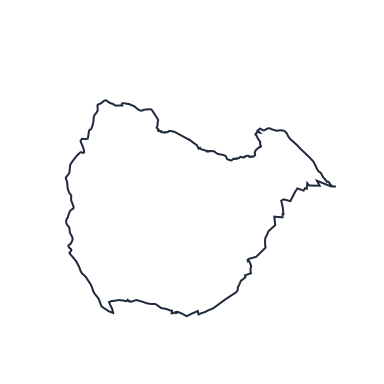 the district of Doclin, Caras-Severin, Romania, rotated 159°
{"feature_id": "2599482B42660116166173", "entity_name": "Doclin", "entity_type": "district", "adm_level": 2, "iso_a3": "ROU", "parent_name": "Romania", "parent_adm1": "Caras-Severin", "projection": "albers", "projection_center": [21.618, 45.308], "detail": "fine", "context": "isolated", "style": "outline", "palette": "slate", "viewbox_px": 384, "rotation_deg": 159, "n_neighbors": 0, "source": "geoboundaries", "source_scale": "gbopen_adm2", "svg_char_len": 5974}
<svg xmlns="http://www.w3.org/2000/svg" viewBox="0 0 384 384"><g transform="rotate(159 192 192)"><path d="M255.7,298.5L256.3,297.7L257.6,295.8L258.1,294.6L258.5,293.7L259.0,292.8L259.6,291.9L260.1,291.1L260.7,290.2L262.0,288.6L263.6,286.9L265.6,286.6L266.8,285.1L267.6,283.6L268.4,282.1L269.3,280.6L270.2,279.2L272.4,279.5L275.6,281.1L277.6,279.9L277.9,278.5L277.8,276.6L277.7,274.7L277.7,272.8L277.8,270.9L278.0,269.2L278.4,267.7L279.8,267.5L280.2,268.0L280.7,268.4L281.2,268.8L281.7,269.1L283.1,268.6L284.5,268.0L285.9,267.4L287.2,266.7L289.6,265.4L292.8,263.3L294.5,262.2L296.0,260.9L299.6,253.9L300.8,253.0L302.1,252.2L303.3,251.4L304.7,250.7L305.0,249.2L305.0,246.1L306.8,239.9L306.8,238.8L306.9,237.6L306.9,236.5L306.8,235.4L306.7,234.6L306.0,232.1L307.8,227.6L307.8,225.7L307.8,223.7L307.9,221.8L308.0,219.9L308.7,219.0L309.8,218.9L310.9,218.7L311.9,218.3L312.9,217.8L314.0,216.6L315.1,215.4L316.1,214.1L317.0,212.7L318.1,212.3L319.4,210.8L319.7,210.3L320.0,209.7L320.2,209.1L320.4,208.4L320.5,207.7L320.4,206.6L320.1,205.5L319.8,204.4L319.4,203.3L319.6,201.1L320.6,198.0L320.0,193.6L320.1,191.2L321.5,189.1L324.3,186.9L325.7,186.8L326.6,186.2L326.8,185.0L326.6,184.2L326.3,183.5L325.9,182.7L325.4,182.0L325.5,180.9L326.1,180.4L326.8,179.9L327.5,179.5L328.2,179.2L328.1,178.1L325.0,169.1L324.2,162.7L324.3,157.4L323.8,155.4L321.6,151.0L319.8,142.3L319.6,140.5L319.5,138.6L319.6,136.8L319.8,134.9L319.4,132.0L317.8,127.2L317.4,125.3L317.5,117.6L312.4,110.4L309.0,107.4L308.8,108.7L308.6,109.9L308.5,111.1L308.5,112.4L308.5,112.8L308.7,114.4L308.9,116.1L308.9,117.5L308.9,119.0L306.0,119.0L301.7,117.8L299.7,117.6L295.4,115.5L292.4,113.6L290.8,114.3L290.8,113.5L290.4,113.2L290.2,112.9L290.1,112.7L289.7,112.9L288.9,112.1L289.0,111.8L287.1,111.2L285.9,111.3L284.7,111.3L283.5,111.1L282.4,110.9L280.4,109.4L278.4,107.9L276.5,106.4L274.7,104.7L270.0,101.9L266.9,100.9L265.4,99.4L262.4,94.7L257.8,92.0L255.2,89.5L253.1,88.3L254.5,86.1L253.4,85.7L252.9,85.7L252.7,85.7L251.7,85.6L250.8,85.8L250.5,85.7L250.6,85.3L250.4,85.0L250.4,84.7L249.4,84.7L249.2,85.5L248.3,85.2L245.0,82.1L241.4,77.9L239.1,78.2L236.8,78.4L234.5,78.6L232.2,78.6L229.3,78.9L229.6,76.3L229.8,75.4L227.2,75.5L222.7,75.3L220.4,75.6L213.5,75.9L199.7,79.7L194.0,81.0L187.2,82.4L185.0,83.5L184.1,84.9L183.6,85.6L183.5,86.4L181.6,88.1L177.9,91.8L177.0,91.9L176.2,92.0L174.7,92.7L172.9,93.2L172.5,93.5L172.5,95.2L166.1,95.0L166.0,96.4L165.2,98.3L164.7,99.8L163.6,101.0L163.3,102.5L163.3,105.2L163.4,106.9L164.7,107.1L164.4,108.7L163.7,109.0L162.5,109.2L155.3,108.5L144.0,113.4L143.3,113.7L142.5,117.0L141.5,119.7L140.2,122.6L138.0,124.5L134.5,128.1L126.3,131.2L125.6,133.3L124.0,139.5L116.6,135.9L115.3,138.9L114.6,138.6L112.8,145.0L111.8,151.9L109.0,152.3L103.5,148.2L96.0,154.9L92.4,157.6L87.3,153.3L85.2,155.0L83.7,153.9L81.2,158.9L80.3,156.1L70.6,152.1L71.3,157.7L60.2,147.4L55.8,145.5L57.1,146.2L57.9,146.5L59.2,147.3L59.3,147.4L59.4,147.7L59.9,149.0L60.6,151.4L60.7,151.9L60.8,152.3L61.0,152.6L61.3,152.9L61.7,153.1L62.1,153.2L62.5,153.2L62.5,153.9L62.6,154.2L63.1,155.8L64.3,158.8L64.3,159.5L64.6,160.8L64.6,161.0L64.7,161.5L64.7,162.6L64.8,163.1L65.2,163.9L65.3,164.4L65.8,165.0L66.2,165.5L66.5,166.3L66.7,166.6L66.8,167.1L66.9,167.7L67.2,171.1L67.2,171.9L67.8,177.0L70.0,182.4L72.9,188.5L73.7,190.2L74.6,192.1L75.5,194.0L76.6,197.0L78.5,200.8L79.5,202.8L80.0,203.8L81.5,206.6L81.6,207.2L81.7,207.7L82.3,210.0L82.4,212.3L83.0,214.4L84.2,216.2L86.3,217.5L88.6,218.3L91.1,218.8L92.8,220.3L94.7,221.6L96.4,223.4L97.8,224.1L99.7,224.1L101.4,223.8L102.9,223.7L104.0,224.5L104.8,225.7L105.4,226.7L106.0,226.7L107.8,226.2L108.7,225.9L108.3,224.9L107.5,223.2L108.3,223.7L109.4,224.8L109.7,224.7L111.2,223.7L111.4,223.6L112.0,223.3L112.2,223.1L112.2,222.7L111.8,222.3L111.6,222.1L111.6,221.9L111.6,221.1L111.4,219.4L111.2,217.5L110.3,214.7L110.7,213.4L111.3,212.5L111.3,212.0L111.3,211.1L111.3,210.7L111.2,210.0L111.4,209.9L111.7,209.9L112.0,209.7L112.3,209.4L112.7,209.5L113.0,209.8L113.9,209.5L116.8,208.5L117.9,207.8L119.4,206.2L119.6,205.2L119.5,204.9L119.8,203.8L120.7,203.4L121.5,203.4L122.3,203.1L123.1,203.2L123.7,203.6L124.0,203.6L124.1,204.0L125.7,204.0L125.9,204.2L125.9,204.9L126.1,205.3L126.5,205.7L127.2,205.8L128.3,206.3L130.1,206.1L130.2,205.8L131.0,205.6L132.6,206.3L133.5,207.2L134.6,207.4L135.0,207.3L135.8,206.9L136.4,206.8L137.5,206.9L137.8,207.4L138.4,207.4L138.8,207.1L139.5,207.5L140.1,207.4L140.4,207.5L140.9,207.9L141.0,208.1L142.2,208.0L142.9,207.6L143.5,207.4L144.3,207.4L144.9,208.0L146.0,208.8L147.4,210.0L147.5,210.9L147.5,211.7L147.5,212.2L147.5,212.7L148.0,214.0L149.9,215.6L154.7,218.6L155.8,220.4L156.4,221.5L157.4,222.5L157.9,222.7L158.6,222.8L159.0,223.2L160.8,223.9L161.0,223.8L161.4,224.1L161.7,223.9L161.8,224.0L162.3,224.1L162.6,224.5L162.9,224.2L163.9,224.7L163.9,224.9L163.9,225.2L164.1,225.6L165.0,226.2L167.8,228.4L168.8,229.7L168.8,230.4L170.2,230.0L170.3,231.3L170.6,232.0L170.6,233.8L172.8,237.1L175.7,241.9L176.0,241.7L176.1,241.8L176.9,242.9L186.5,254.1L189.6,256.4L191.1,257.1L191.8,257.1L192.2,256.8L192.9,256.6L193.4,256.6L193.9,257.0L194.7,257.2L195.0,257.2L195.4,257.1L195.7,257.1L196.2,257.2L196.2,257.4L196.3,257.6L196.6,257.7L197.0,257.9L197.3,257.9L197.8,258.2L198.3,258.4L198.8,258.5L199.1,258.8L199.3,259.2L199.0,259.9L199.9,260.2L200.5,260.4L200.8,260.5L201.4,261.0L201.7,261.4L200.8,262.3L200.9,262.5L201.1,262.6L201.4,262.7L201.4,263.4L201.5,264.0L202.0,264.7L200.4,266.3L200.1,267.0L199.3,269.1L198.6,269.9L198.3,270.3L198.1,270.7L197.9,271.2L197.8,271.7L198.3,274.7L198.9,277.5L199.5,280.4L200.2,283.2L201.3,284.3L206.1,285.7L207.8,286.1L209.0,285.8L210.5,286.2L212.3,287.7L215.1,292.6L219.2,296.6L221.9,298.2L224.2,299.5L225.5,299.7L225.9,299.3L226.2,298.8L226.3,298.3L226.3,297.8L232.5,300.1L233.7,301.9L236.8,304.7L237.8,305.9L239.0,308.0L239.9,308.6L241.2,308.7L245.1,307.4L247.7,307.4L248.2,307.3L248.9,307.1L249.2,306.8L250.6,302.4L251.2,301.6L253.6,299.7L255.3,299.0L255.7,298.5Z" fill="none" stroke="#1e293b" stroke-width="2"/></g></svg>